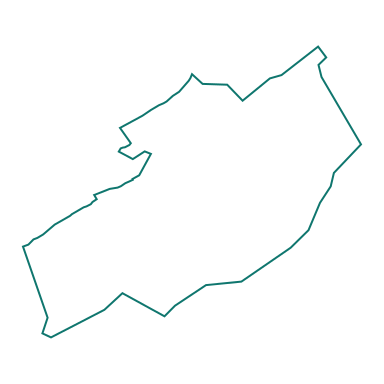 the district of Craig, Virginia, United States of America
{"feature_id": "52423323B43550826235883", "entity_name": "Craig", "entity_type": "district", "adm_level": 2, "iso_a3": "USA", "parent_name": "United States of America", "parent_adm1": "Virginia", "projection": "orthographic", "projection_center": [-80.269, 37.488], "detail": "fine", "context": "isolated", "style": "outline", "palette": "teal", "viewbox_px": 384, "rotation_deg": 0, "n_neighbors": 0, "source": "geoboundaries", "source_scale": "gbopen_adm2", "svg_char_len": 900}
<svg xmlns="http://www.w3.org/2000/svg" viewBox="0 0 384 384"><path d="M192.0,74.2L190.4,78.1L188.7,80.8L179.1,91.8L172.8,95.9L166.6,101.5L163.5,103.3L159.0,105.2L150.9,110.0L142.5,115.7L120.0,127.9L130.8,143.2L129.4,145.0L124.9,147.3L122.8,147.6L120.7,148.4L118.8,151.6L132.8,159.1L144.7,151.4L150.9,153.9L139.2,175.3L132.5,179.0L132.8,179.8L129.2,181.5L125.3,183.2L120.9,186.2L117.6,187.6L109.7,188.9L94.2,195.0L96.7,199.2L92.5,202.0L90.8,204.2L86.5,206.4L83.7,207.3L72.0,214.1L70.1,215.8L54.7,224.6L43.1,234.5L37.4,237.9L33.5,239.4L28.4,244.6L23.0,246.6L47.6,317.7L42.4,333.4L51.0,337.4L104.4,309.8L122.4,293.2L164.5,316.3L175.0,305.7L206.0,285.1L241.4,281.6L290.7,247.7L308.5,230.2L320.0,202.8L330.7,186.4L333.9,172.9L361.0,144.4L321.5,77.0L318.5,64.9L326.2,57.4L318.1,46.6L281.5,75.1L269.9,78.4L242.6,100.7L227.2,84.7L202.6,83.9L192.0,74.2Z" fill="none" stroke="#0f766e" stroke-width="2"/></svg>